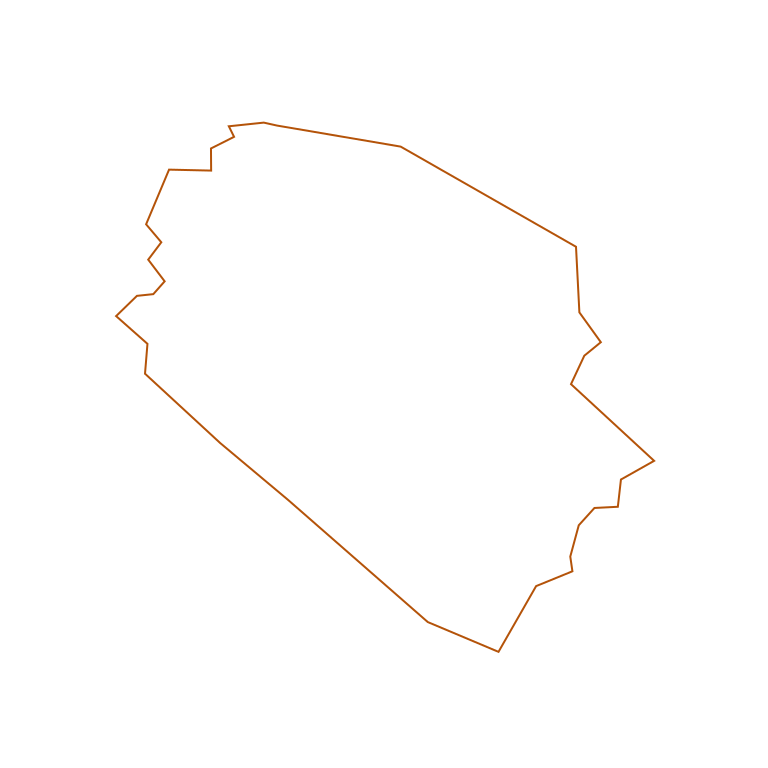 the district of Braxton, West Virginia, United States of America, rotated 256°
{"feature_id": "52423323B93118909799031", "entity_name": "Braxton", "entity_type": "district", "adm_level": 2, "iso_a3": "USA", "parent_name": "United States of America", "parent_adm1": "West Virginia", "projection": "natural_earth1", "projection_center": [-80.697, 38.706], "detail": "fine", "context": "isolated", "style": "outline", "palette": "amber", "viewbox_px": 768, "rotation_deg": 256, "n_neighbors": 0, "source": "geoboundaries", "source_scale": "gbopen_adm2", "svg_char_len": 585}
<svg xmlns="http://www.w3.org/2000/svg" viewBox="0 0 768 768"><g transform="rotate(256 384 384)"><path d="M470.7,603.5L610.3,457.6L660.6,342.8L666.7,330.6L671.6,295.8L660.1,298.3L654.4,273.1L632.9,267.9L644.0,227.3L596.5,191.8L575.4,202.2L561.7,185.3L536.7,196.0L527.0,181.9L529.3,165.6L514.7,140.5L480.2,164.2L451.8,154.6L366.3,210.8L294.7,262.9L142.4,368.9L96.4,430.3L151.1,482.7L156.7,521.5L171.5,523.0L199.8,538.8L212.8,558.2L208.3,581.2L234.0,590.8L244.1,627.5L338.6,565.4L363.0,585.2L372.1,604.5L406.2,590.9L470.7,603.5Z" fill="none" stroke="#b45309" stroke-width="2"/></g></svg>